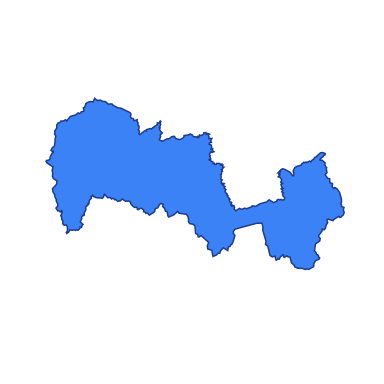 the district of Nong Ya Plong, Phetchaburi, Thailand, rotated 200°
{"feature_id": "78962969B63755110473004", "entity_name": "Nong Ya Plong", "entity_type": "district", "adm_level": 2, "iso_a3": "THA", "parent_name": "Thailand", "parent_adm1": "Phetchaburi", "projection": "natural_earth1", "projection_center": [99.458, 13.138], "detail": "fine", "context": "isolated", "style": "filled", "palette": "blue", "viewbox_px": 384, "rotation_deg": 200, "n_neighbors": 0, "source": "geoboundaries", "source_scale": "gbopen_adm2", "svg_char_len": 6072}
<svg xmlns="http://www.w3.org/2000/svg" viewBox="0 0 384 384"><g transform="rotate(200 192 192)"><path d="M89.6,156.7L88.5,158.2L87.1,158.7L86.7,161.3L85.2,163.8L84.3,164.1L83.8,162.6L82.9,162.1L81.1,164.4L79.5,163.9L77.6,164.4L74.3,159.4L70.8,158.0L69.9,156.8L66.6,156.5L62.5,157.9L59.1,157.9L58.2,158.8L55.8,159.3L52.2,163.4L53.0,166.7L52.4,169.6L49.6,172.4L49.4,173.6L50.8,174.4L51.9,175.9L53.6,176.0L55.0,177.7L56.8,178.6L58.2,185.4L55.2,189.7L55.6,192.2L57.3,193.1L58.1,194.5L56.5,199.5L56.9,201.7L54.9,201.6L54.2,203.5L54.6,206.4L54.0,209.7L55.5,211.5L55.6,212.4L54.8,213.1L49.7,213.3L49.4,214.7L45.6,219.4L44.4,218.7L43.5,219.3L42.0,222.2L42.0,224.8L43.7,227.1L43.9,229.5L46.4,229.5L47.5,231.6L48.3,231.9L48.1,234.0L49.3,236.7L53.2,242.1L56.9,244.6L59.4,245.1L59.9,243.8L61.9,244.6L62.9,248.0L65.7,247.9L67.1,251.5L69.3,251.3L72.7,253.8L71.8,256.4L73.7,259.6L73.8,261.0L75.3,261.6L76.8,263.7L76.8,264.8L80.7,266.4L81.9,265.6L82.9,265.9L82.1,268.5L81.1,269.5L80.8,271.6L79.8,272.2L79.9,273.7L82.7,273.8L84.7,272.7L87.9,266.7L88.5,266.5L89.0,264.3L90.3,262.6L90.6,261.0L92.2,261.2L94.0,259.0L95.2,259.2L95.7,258.2L97.1,258.2L98.6,255.8L98.4,254.7L102.0,252.1L103.8,250.0L104.1,246.3L102.2,243.4L102.2,241.8L102.9,241.7L106.7,244.1L112.4,245.0L114.9,244.8L116.2,243.2L117.5,239.8L116.1,240.8L116.6,238.5L116.2,238.0L115.6,238.9L115.1,238.1L116.2,235.8L114.5,235.9L111.9,234.3L111.9,231.4L109.9,231.1L111.0,229.5L108.9,226.9L107.8,226.5L109.2,225.4L107.5,224.8L107.7,222.8L106.0,222.7L106.3,221.0L104.9,219.2L102.9,218.5L102.8,216.2L104.3,215.3L105.9,215.5L106.4,214.7L108.4,214.6L109.2,213.7L109.2,212.2L111.7,210.0L116.9,211.0L118.4,208.2L124.2,204.1L127.1,200.4L130.8,199.5L130.8,198.5L135.0,195.0L136.8,194.9L139.6,192.6L141.9,192.8L144.4,189.2L146.7,190.5L146.8,192.2L148.1,193.6L149.7,192.4L150.1,193.6L150.9,193.1L151.1,195.6L151.8,195.9L152.5,195.4L154.5,197.4L153.9,198.2L157.2,200.2L157.1,200.9L158.3,201.2L158.1,202.0L160.3,203.0L161.3,204.2L160.9,206.0L163.0,206.5L162.8,208.5L164.6,208.5L164.6,209.5L165.4,209.4L164.7,211.0L166.0,210.8L166.4,209.7L167.5,210.2L168.1,212.5L167.7,213.7L169.4,214.0L169.9,216.5L170.9,217.8L170.3,218.6L171.1,221.2L170.5,221.9L171.9,223.0L171.2,223.4L171.3,224.6L170.6,226.0L171.6,225.6L172.1,227.9L173.7,227.1L173.7,228.3L174.7,227.5L175.6,228.3L178.7,227.3L178.8,226.3L180.3,225.6L181.1,226.7L181.9,226.1L182.9,227.6L184.5,227.3L185.4,228.5L186.2,227.8L187.0,228.1L185.9,229.9L187.4,231.2L187.1,232.2L188.5,233.2L188.2,236.2L186.8,235.9L185.2,237.4L187.1,237.9L187.3,239.6L188.9,238.9L188.7,240.7L190.1,242.8L192.3,242.7L192.5,244.3L190.7,245.2L191.9,246.3L191.7,249.1L194.5,248.0L194.8,249.5L196.3,251.3L195.4,252.3L197.3,252.4L198.3,251.2L199.3,252.6L201.1,251.7L200.7,250.6L201.6,249.3L203.5,247.9L204.5,248.1L204.3,246.2L205.4,246.3L205.2,245.1L206.0,245.5L209.5,244.5L211.5,245.8L213.6,245.9L214.1,244.9L218.8,242.3L218.4,241.0L219.0,239.4L221.3,237.1L224.6,236.6L226.0,236.9L227.5,238.3L228.7,237.8L230.1,237.0L231.5,234.4L233.7,233.4L236.7,230.0L239.2,229.5L240.5,230.0L240.5,233.5L241.4,234.6L240.1,237.4L242.3,238.3L244.0,239.8L243.9,241.4L244.8,241.6L244.5,244.4L245.5,246.5L245.4,247.6L246.1,247.9L246.5,245.4L248.2,245.1L247.8,243.0L249.9,240.6L250.1,239.2L250.9,239.0L251.5,237.5L252.6,237.5L256.2,235.0L255.7,233.7L257.5,233.2L260.6,228.1L261.9,228.6L262.1,231.0L263.8,232.3L263.6,233.3L264.2,235.7L266.1,236.9L266.3,238.5L268.1,239.9L268.2,241.2L270.8,239.2L272.3,240.8L274.8,240.7L275.4,241.4L276.0,244.3L277.4,245.4L287.6,246.5L290.5,245.7L296.2,246.7L297.3,247.4L300.9,245.9L304.1,247.4L307.5,246.6L309.6,247.0L312.3,245.6L315.5,246.8L315.7,242.9L318.3,242.3L320.4,240.9L322.0,238.7L321.7,235.3L322.9,233.8L321.4,231.9L321.5,230.7L323.5,229.4L323.6,228.3L324.8,227.1L326.1,227.4L327.8,224.5L332.2,221.4L334.0,215.8L335.5,216.7L337.1,214.7L339.4,213.9L340.1,211.9L341.4,211.1L342.0,209.0L341.0,205.7L341.9,202.2L341.1,201.1L341.1,199.6L339.0,197.9L338.7,194.4L338.0,193.0L337.1,188.5L337.2,187.1L338.2,186.4L338.8,182.9L337.2,182.4L336.2,182.8L336.0,181.9L336.7,180.7L337.2,177.1L336.8,174.1L337.6,172.9L339.5,171.9L339.7,170.9L338.0,169.6L331.0,168.0L330.9,164.7L329.3,162.1L328.4,158.7L326.8,157.2L323.1,156.4L322.4,155.5L322.0,152.7L324.2,147.5L322.7,144.6L320.5,142.8L318.6,139.9L316.9,138.6L316.6,137.2L314.0,134.7L313.3,132.2L314.3,131.1L314.3,130.3L311.7,128.4L310.3,128.9L308.9,128.1L308.2,128.5L308.2,129.8L307.7,129.9L306.9,127.6L307.3,124.9L306.3,124.2L304.8,121.4L303.5,120.8L302.6,117.9L300.7,117.0L299.0,118.0L297.3,116.9L295.8,113.0L296.3,111.0L295.5,110.2L294.2,112.1L293.7,114.7L291.4,115.1L289.6,116.2L288.4,116.1L288.0,116.9L286.1,117.0L284.9,119.5L285.2,120.8L283.7,121.0L283.9,123.3L283.3,124.3L286.8,125.8L286.5,129.6L287.2,130.8L286.4,133.0L285.7,132.8L285.3,133.5L286.1,135.1L285.7,139.1L286.8,141.7L285.3,144.1L285.8,145.4L284.9,145.6L285.6,149.2L284.4,151.6L285.3,153.3L284.1,154.2L284.1,155.0L282.7,154.0L280.1,153.9L274.0,155.6L273.4,156.9L273.7,159.2L273.3,159.9L269.2,157.8L267.1,158.8L265.1,158.0L264.9,158.7L263.2,159.0L262.1,158.3L261.2,158.8L258.6,157.9L256.4,159.1L255.1,161.5L251.3,160.6L248.3,161.9L246.5,161.5L245.3,159.8L242.1,158.2L240.4,157.9L239.1,158.7L238.0,158.3L237.5,157.1L236.5,156.9L234.9,159.1L233.6,159.4L231.2,158.6L230.7,156.9L229.3,157.1L228.0,156.1L227.1,157.1L224.2,155.7L220.9,159.8L220.4,161.1L220.9,163.7L218.8,165.4L218.2,169.2L217.3,170.6L214.8,170.5L214.5,168.3L212.1,167.2L210.3,164.8L208.6,165.1L206.4,161.2L205.3,160.5L201.2,164.4L198.9,168.8L196.9,167.6L189.7,169.1L187.8,167.9L185.7,165.0L185.3,163.1L183.5,161.5L180.1,162.0L177.7,161.2L174.4,154.2L172.1,154.0L170.9,151.9L169.9,152.2L168.6,154.2L159.1,150.3L159.2,146.5L157.7,143.8L153.5,144.0L150.2,138.6L147.4,141.3L146.5,143.3L144.9,144.1L145.0,146.5L143.5,150.3L138.4,149.2L139.1,152.9L137.6,153.9L137.4,155.6L136.6,156.7L136.4,159.5L136.8,165.9L138.9,167.2L139.7,169.3L138.7,172.0L120.7,184.6L116.2,186.5L115.4,186.4L113.3,183.2L112.5,180.4L105.6,171.0L105.0,167.9L102.2,167.0L97.1,159.2L94.5,158.4L92.2,160.1L89.6,156.7Z" fill="#3b82f6" stroke="#1e3a8a" stroke-width="1.5"/></g></svg>